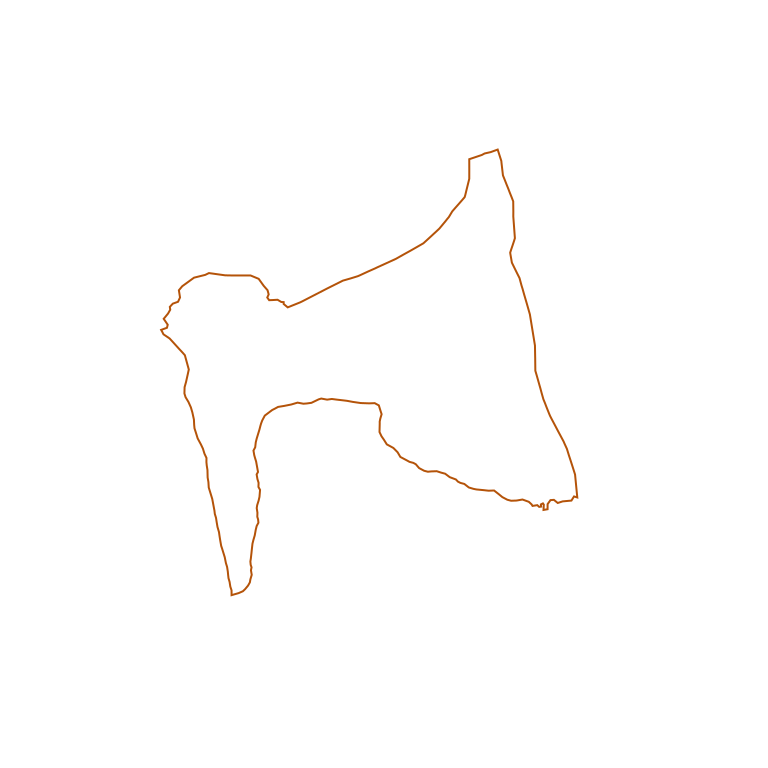 the district of Donga, Taraba, Nigeria, rotated 121°
{"feature_id": "59680162B72688070781247", "entity_name": "Donga", "entity_type": "district", "adm_level": 2, "iso_a3": "NGA", "parent_name": "Nigeria", "parent_adm1": "Taraba", "projection": "mercator", "projection_center": [10.325, 7.657], "detail": "fine", "context": "isolated", "style": "outline", "palette": "amber", "viewbox_px": 768, "rotation_deg": 121, "n_neighbors": 0, "source": "geoboundaries", "source_scale": "gbopen_adm2", "svg_char_len": 3886}
<svg xmlns="http://www.w3.org/2000/svg" viewBox="0 0 768 768"><g transform="rotate(121 384 384)"><path d="M643.5,405.9L638.1,400.9L634.3,398.2L631.4,397.4L626.8,396.7L623.1,396.8L620.3,397.9L615.7,399.1L612.2,402.1L609.4,403.1L607.7,405.1L605.0,407.1L602.3,408.2L597.7,410.3L593.2,412.4L588.6,414.5L585.0,415.6L580.4,416.8L574.9,418.9L571.3,420.0L567.6,420.2L564.9,422.2L563.1,424.2L559.5,426.2L555.9,429.2L553.2,430.3L548.6,431.4L544.9,432.6L538.6,435.7L536.9,438.6L533.3,440.6L530.6,443.6L527.1,446.6L524.3,446.7L516.3,453.7L513.6,456.7L511.8,458.6L508.3,461.6L504.6,461.8L500.0,463.9L496.4,465.0L487.2,467.3L483.5,468.4L481.2,469.0L478.0,469.6L472.5,469.9L464.0,466.5L461.1,464.7L458.2,463.0L454.3,458.4L449.4,453.0L444.5,448.5L442.4,442.9L440.4,440.1L437.5,436.5L430.8,432.1L428.8,430.3L426.7,424.7L423.7,421.0L421.7,416.4L419.6,411.8L417.5,407.1L415.4,401.5L412.3,394.1L408.2,386.7L405.2,382.1L405.0,377.4L408.5,373.5L411.1,370.5L415.7,369.3L418.5,368.3L420.1,367.3L427.5,363.1L430.1,359.2L431.8,355.4L434.3,350.5L434.1,345.8L434.0,343.0L435.5,337.2L438.1,332.4L437.7,324.8L437.6,322.0L436.5,318.2L436.4,315.4L438.0,310.6L437.7,304.9L436.6,301.2L434.6,298.5L431.6,293.9L430.5,289.2L429.4,285.4L430.0,279.7L428.8,273.2L429.6,270.3L429.4,267.5L428.3,263.7L429.0,258.0L427.8,253.3L426.8,250.5L423.7,244.0L421.6,239.4L418.6,234.8L419.3,229.1L420.0,224.3L419.7,218.7L418.6,214.9L417.1,212.6L415.6,210.3L411.7,205.8L410.4,199.2L411.2,195.4L412.0,193.9L408.9,190.2L409.4,187.7L408.2,186.2L406.4,187.5L404.5,186.3L405.1,184.9L409.8,182.4L407.1,179.3L402.7,181.9L397.8,181.5L395.8,178.7L396.5,173.8L392.6,170.4L387.4,163.3L382.5,163.2L381.7,159.9L365.9,171.6L363.2,173.6L361.6,175.4L358.5,178.9L353.6,184.5L349.8,188.9L348.0,190.9L345.4,193.8L341.9,198.9L340.8,200.4L337.7,205.6L334.9,210.3L332.1,214.9L327.4,222.7L325.9,225.1L324.6,226.9L320.2,232.7L317.3,236.4L315.0,239.5L310.4,244.4L307.2,247.7L304.5,250.6L298.1,257.4L294.7,261.1L284.0,267.7L282.1,268.9L273.3,274.4L249.2,294.8L241.9,302.6L238.3,306.5L234.7,310.4L231.1,314.2L228.7,316.9L223.4,322.4L220.5,327.0L214.7,336.0L214.1,336.9L207.4,342.7L206.4,343.5L203.0,344.3L199.3,345.1L194.4,346.2L191.6,346.9L173.9,359.4L169.5,362.0L160.9,367.3L158.1,370.9L155.3,374.6L152.4,378.3L150.0,381.5L146.4,386.2L143.9,389.5L133.9,397.2L132.4,398.3L124.5,407.3L130.3,412.0L134.6,416.5L137.3,418.1L142.0,422.1L147.4,426.7L155.5,421.8L164.2,416.6L171.0,414.5L174.6,413.4L180.0,411.7L182.3,411.1L187.0,411.9L193.1,413.0L196.9,413.7L200.9,414.4L207.5,414.4L210.7,414.9L211.8,415.0L216.4,415.7L222.3,416.6L234.4,420.1L243.1,422.7L250.1,426.6L256.0,429.9L263.6,434.3L270.5,438.2L280.0,444.7L287.7,450.0L289.4,451.1L295.8,455.6L303.6,460.9L305.1,462.0L310.7,467.0L316.6,472.5L331.4,481.9L355.2,496.6L357.2,497.9L367.9,506.0L367.1,511.2L365.5,512.2L366.6,514.3L366.6,518.6L369.6,523.0L371.3,525.6L370.0,528.6L366.6,529.0L363.6,532.1L361.8,537.7L358.4,545.6L359.7,554.3L369.6,570.8L370.8,572.9L372.6,576.0L376.1,584.2L377.8,588.2L379.1,591.2L382.5,593.4L390.7,601.6L404.1,607.3L409.3,608.1L414.9,603.4L419.6,602.9L423.9,606.4L428.2,607.3L430.4,605.5L434.9,605.4L441.6,606.4L444.6,599.9L447.6,599.0L452.4,602.9L452.7,602.4L453.3,601.3L455.0,598.6L455.4,591.2L456.9,586.1L459.5,577.5L460.9,572.6L461.9,569.5L472.1,558.8L476.5,557.3L484.3,554.7L489.4,553.3L494.9,550.2L497.5,547.3L500.1,542.4L503.5,537.5L507.1,533.6L512.4,528.6L516.9,525.6L519.6,523.6L523.1,519.6L526.6,515.7L530.1,509.8L532.7,505.9L536.2,502.0L538.8,498.1L542.4,496.0L545.1,494.0L548.7,491.0L555.0,487.0L558.5,484.0L563.0,480.9L566.5,477.0L571.0,472.0L575.4,468.1L576.3,467.3L579.9,464.1L582.5,462.1L585.2,459.1L588.8,456.1L592.3,453.1L595.9,449.2L598.5,447.1L602.1,444.1L606.6,440.2L608.3,438.2L611.0,435.2L614.5,431.3L618.9,427.3L621.6,424.3L625.2,421.3L627.9,419.3L630.5,417.3L633.2,414.4L636.8,411.4L639.4,408.4L643.5,405.9Z" fill="none" stroke="#b45309" stroke-width="2"/></g></svg>